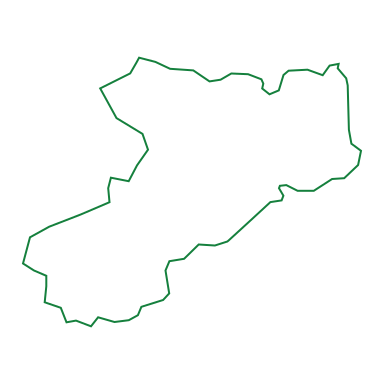 an SVG outline of Cheshire East
{"feature_id": "GBR-5706", "entity_name": "Cheshire East", "entity_type": "Unitary Authority", "adm_level": 1, "iso_a3": "GBR", "parent_name": "United Kingdom", "parent_adm1": "", "projection": "robinson", "projection_center": [-2.299, 53.164], "detail": "fine", "context": "isolated", "style": "outline", "palette": "green", "viewbox_px": 384, "rotation_deg": 0, "n_neighbors": 0, "source": "natural_earth", "source_scale": "10m", "svg_char_len": 988}
<svg xmlns="http://www.w3.org/2000/svg" viewBox="0 0 384 384"><path d="M338.6,63.9L337.7,68.3L346.2,78.3L347.7,85.4L348.9,129.8L351.4,143.7L361.0,150.8L358.1,165.0L344.2,178.2L332.1,179.0L313.8,190.8L297.6,190.8L286.3,185.1L279.9,185.8L279.0,188.2L283.4,195.7L281.6,200.4L270.4,202.1L247.6,223.1L228.8,240.3L227.4,241.5L214.9,245.5L198.7,244.5L184.1,258.8L169.4,261.2L165.5,270.5L169.2,293.4L163.1,300.0L141.4,306.8L137.9,315.2L128.8,320.2L114.5,322.0L98.1,317.3L91.0,326.3L76.0,320.6L66.5,322.3L60.8,307.8L44.7,302.3L46.3,286.3L46.3,275.8L34.0,270.5L23.0,263.5L30.0,237.3L49.2,226.7L80.7,214.5L109.5,202.2L108.2,188.2L110.9,177.7L128.7,181.2L137.0,165.4L148.0,149.7L142.5,133.9L116.5,118.1L100.2,88.4L130.2,73.4L136.5,62.5L139.1,57.7L155.4,61.9L170.1,68.8L193.3,70.4L209.5,81.4L220.6,79.7L231.3,73.5L248.1,74.2L261.4,79.3L263.3,83.6L262.2,88.5L269.5,94.3L278.8,90.4L283.5,75.0L288.6,70.7L307.5,69.7L322.7,75.2L329.6,65.6L338.6,63.9Z" fill="none" stroke="#15803d" stroke-width="2"/></svg>